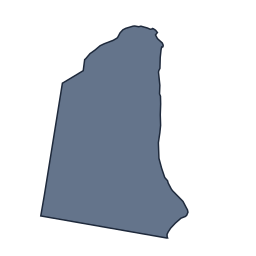 the district of Hardin, Illinois, United States of America, rotated 279°
{"feature_id": "52423323B71898238526095", "entity_name": "Hardin", "entity_type": "district", "adm_level": 2, "iso_a3": "USA", "parent_name": "United States of America", "parent_adm1": "Illinois", "projection": "orthographic", "projection_center": [-88.199, 37.501], "detail": "fine", "context": "isolated", "style": "filled", "palette": "slate", "viewbox_px": 256, "rotation_deg": 279, "n_neighbors": 0, "source": "geoboundaries", "source_scale": "gbopen_adm2", "svg_char_len": 988}
<svg xmlns="http://www.w3.org/2000/svg" viewBox="0 0 256 256"><g transform="rotate(279 128 128)"><path d="M27.5,55.6L25.4,183.4L25.6,184.3L26.6,183.7L29.1,183.2L31.8,184.0L35.8,185.8L41.4,189.6L47.2,194.4L49.6,198.5L50.9,199.6L54.2,200.4L56.5,199.5L58.3,198.1L64.1,193.8L73.0,181.8L74.5,180.3L79.9,176.3L82.1,175.3L84.9,172.0L93.5,167.5L102.9,163.3L118.2,160.3L128.3,160.2L135.7,159.8L146.2,157.8L156.8,156.5L164.5,155.1L166.6,153.8L175.1,152.8L187.8,149.4L189.3,149.4L191.9,150.2L202.7,148.8L210.6,148.4L213.3,148.6L213.3,149.3L213.7,149.8L215.3,149.8L217.3,148.6L220.9,143.1L224.2,140.6L226.4,141.8L226.9,142.1L228.9,139.9L230.0,137.5L230.1,136.6L229.6,136.4L229.0,134.5L229.8,131.6L230.6,124.8L230.5,124.7L229.7,122.7L229.8,118.7L229.4,117.1L226.1,110.2L224.2,107.6L220.8,105.3L216.1,103.7L215.0,103.0L212.3,99.7L207.4,91.2L204.9,87.6L199.8,83.2L195.6,78.9L189.8,75.4L188.8,74.5L177.6,74.8L162.0,56.2L48.7,55.9L27.5,55.6Z" fill="#64748b" stroke="#1e293b" stroke-width="1.5"/></g></svg>